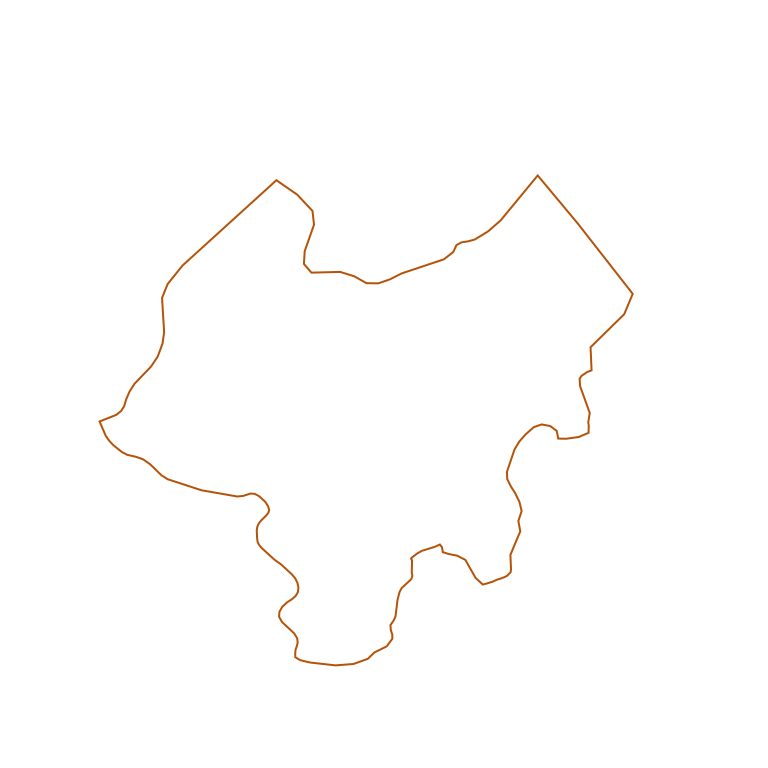 the border of Đắk Nông, rotated 52°
{"feature_id": "VNM-4835", "entity_name": "Đắk Nông", "entity_type": "Province", "adm_level": 1, "iso_a3": "VNM", "parent_name": "Vietnam", "parent_adm1": "", "projection": "albers", "projection_center": [107.792, 12.232], "detail": "fine", "context": "isolated", "style": "outline", "palette": "amber", "viewbox_px": 768, "rotation_deg": 52, "n_neighbors": 0, "source": "natural_earth", "source_scale": "10m", "svg_char_len": 2121}
<svg xmlns="http://www.w3.org/2000/svg" viewBox="0 0 768 768"><g transform="rotate(52 384 384)"><path d="M240.1,373.2L251.6,372.6L268.7,349.5L280.8,341.1L293.8,335.7L301.2,326.5L305.2,314.8L307.7,302.1L322.6,260.1L322.6,248.1L319.1,241.3L320.1,235.7L323.2,230.2L326.0,223.6L327.8,208.0L326.9,191.3L314.3,134.5L377.4,132.5L466.1,132.5L476.9,151.8L482.2,198.6L501.0,212.0L499.6,216.7L499.2,223.4L500.3,226.6L506.4,230.8L533.5,239.7L540.0,246.7L542.9,248.3L548.4,252.9L545.7,263.1L539.4,274.0L534.3,280.3L527.3,276.8L519.4,278.9L512.9,284.7L510.2,292.5L510.9,303.6L512.7,313.0L515.9,321.4L528.9,341.2L534.8,345.4L542.9,347.1L550.6,347.8L560.4,349.9L568.9,353.8L574.6,362.4L584.1,367.4L587.5,373.7L596.5,389.6L608.2,398.0L610.3,400.1L610.9,405.5L609.6,410.6L607.8,415.3L606.8,419.6L604.7,425.3L602.9,429.6L593.3,431.2L572.6,428.2L564.4,432.0L557.9,437.6L552.7,441.2L548.3,438.8L544.9,438.8L543.4,444.8L538.9,456.5L538.0,461.8L537.9,468.8L538.3,470.2L540.3,470.5L544.9,474.3L549.5,478.1L552.7,479.8L554.6,482.7L555.7,495.7L557.3,499.5L562.1,505.9L574.2,518.0L576.2,521.8L578.0,527.4L582.1,530.1L586.7,531.8L589.9,534.3L592.4,543.4L589.6,557.0L590.6,566.0L585.8,580.5L575.9,595.4L558.0,613.7L550.0,620.1L544.7,622.1L542.1,620.2L539.0,617.4L537.1,614.4L534.6,611.2L531.0,609.0L525.4,608.3L508.7,610.9L502.8,610.0L499.1,606.6L496.9,601.2L496.4,594.7L496.9,589.0L496.6,584.1L495.0,580.0L491.9,576.9L487.6,574.7L482.4,573.6L477.3,573.8L462.7,576.2L455.0,578.5L437.8,581.4L434.2,581.5L430.6,580.8L427.2,578.8L420.9,574.3L419.3,572.7L417.8,570.6L416.6,567.9L415.9,564.8L415.0,557.1L414.3,554.5L412.6,552.0L408.9,550.6L403.8,550.1L395.5,551.5L391.0,553.5L388.2,556.5L385.4,564.1L382.3,568.9L355.2,593.4L325.7,613.2L318.8,615.6L303.3,617.7L294.8,620.3L288.5,624.4L281.8,629.9L276.1,632.5L265.2,635.0L259.0,635.5L253.7,635.2L238.4,631.2L243.5,613.9L243.4,607.7L241.6,602.6L237.3,596.5L233.3,589.2L230.2,580.4L226.8,556.8L223.1,545.5L215.9,533.8L208.0,525.5L179.5,505.9L172.0,492.9L166.6,469.7L157.6,348.9L157.1,343.4L181.4,335.8L203.6,333.8L215.4,341.1L230.5,364.7L240.1,373.2Z" fill="none" stroke="#b45309" stroke-width="2"/></g></svg>